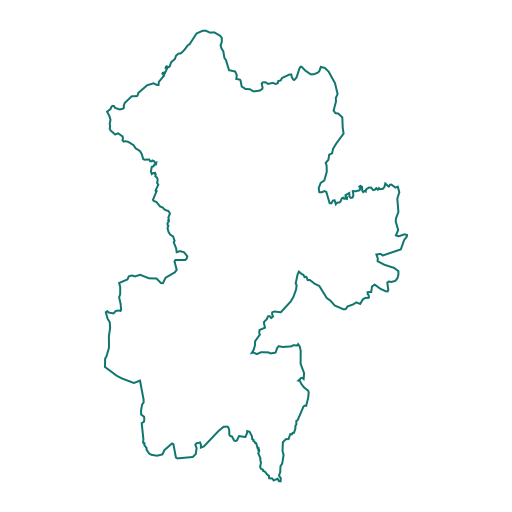 Poko, Orientale, Democratic Republic of the Congo
{"feature_id": "63176286B68044599971787", "entity_name": "Poko", "entity_type": "district", "adm_level": 2, "iso_a3": "COD", "parent_name": "Democratic Republic of the Congo", "parent_adm1": "Orientale", "projection": "robinson", "projection_center": [26.825, 2.983], "detail": "fine", "context": "isolated", "style": "outline", "palette": "teal", "viewbox_px": 512, "rotation_deg": 0, "n_neighbors": 0, "source": "geoboundaries", "source_scale": "gbopen_adm2", "svg_char_len": 6041}
<svg xmlns="http://www.w3.org/2000/svg" viewBox="0 0 512 512"><path d="M110.6,109.0L107.1,111.6L109.7,116.8L110.5,120.0L109.7,123.6L110.1,126.4L109.7,128.5L110.5,130.4L115.2,134.5L118.1,133.3L122.5,136.4L123.0,137.8L122.5,140.3L123.7,141.6L125.6,141.2L128.3,141.9L133.6,145.2L135.6,148.3L140.0,151.1L141.8,154.2L143.2,159.0L144.4,159.7L149.2,159.5L150.0,161.2L151.7,161.3L152.4,160.5L154.0,161.2L155.3,163.1L156.3,162.6L156.0,164.4L154.2,164.8L153.5,166.3L151.8,166.8L150.9,171.4L151.8,174.0L152.8,173.2L155.0,172.9L155.0,174.0L155.7,174.3L155.4,176.4L157.1,177.7L157.7,180.2L157.1,182.9L158.3,184.7L155.7,190.2L155.7,190.9L156.6,191.1L153.0,199.7L153.5,200.8L156.4,202.0L160.1,206.5L162.7,207.5L164.7,209.7L168.4,211.1L169.3,212.2L169.9,213.7L168.4,217.3L168.8,219.5L168.2,220.4L169.0,221.0L167.5,223.3L167.6,225.0L168.4,225.7L167.5,228.1L168.5,231.9L170.3,234.7L173.1,236.4L174.6,240.9L173.7,242.2L176.1,248.3L176.7,252.2L180.0,251.1L184.1,252.3L187.3,256.3L186.7,258.6L185.3,260.0L175.5,260.0L174.5,261.4L176.7,269.8L174.9,272.3L165.6,277.7L162.9,283.2L161.0,283.1L156.5,278.5L149.0,278.3L140.1,274.8L135.0,276.4L132.0,275.5L129.8,276.0L128.7,276.5L127.5,279.4L119.1,283.0L120.2,286.9L120.2,292.2L120.1,294.7L119.1,297.2L120.6,303.8L121.1,309.8L120.4,311.0L119.1,310.5L115.9,310.9L113.5,313.4L108.5,312.5L107.4,311.2L105.8,312.2L107.6,318.7L109.8,322.3L110.1,328.2L108.9,336.0L109.0,347.6L106.5,356.3L105.1,358.8L105.0,367.0L116.8,375.8L121.8,378.4L133.9,383.0L140.0,380.6L143.6,399.7L143.6,402.5L142.1,404.5L141.1,410.2L141.1,414.5L144.1,416.8L144.3,419.8L143.9,421.8L141.7,423.1L143.4,439.4L143.1,442.4L143.5,443.2L144.5,443.2L144.4,445.2L146.6,448.1L146.5,449.6L149.3,453.7L151.7,454.9L157.2,455.7L162.4,454.4L164.4,450.1L172.0,443.5L173.4,444.1L175.9,457.5L177.5,458.4L192.8,457.0L195.8,453.9L196.6,448.0L195.3,444.7L196.3,443.4L200.1,442.5L200.9,444.7L200.9,447.6L203.9,446.4L218.6,430.9L223.6,426.8L227.1,426.6L228.2,427.1L229.2,429.9L229.3,434.7L230.3,436.1L231.9,436.4L234.2,440.6L235.8,441.0L237.0,440.3L239.0,436.1L245.4,437.0L247.1,433.0L247.2,431.1L249.6,431.8L251.9,436.2L252.2,439.1L253.5,439.8L253.4,441.0L254.5,441.5L255.2,443.1L256.2,443.2L257.6,448.2L258.5,447.9L258.7,448.7L258.4,450.1L259.1,450.2L259.2,451.2L258.2,453.1L260.5,458.5L260.2,459.4L261.0,462.7L260.1,466.9L261.2,469.0L262.9,469.7L263.2,471.0L264.9,471.6L267.4,474.8L268.9,475.7L269.2,478.3L272.1,478.4L273.7,480.4L277.7,478.7L278.9,481.2L280.6,481.3L280.8,478.2L279.0,475.6L280.2,472.1L280.5,466.2L282.2,463.5L283.6,455.0L282.5,450.8L282.9,442.2L286.0,439.1L288.5,439.1L290.3,434.1L291.8,434.4L292.6,432.9L294.0,432.8L295.4,428.5L295.4,425.8L296.3,424.6L296.3,421.0L297.7,420.1L303.5,406.5L304.9,405.6L306.2,405.8L308.2,397.6L308.7,392.4L308.2,390.7L304.0,387.4L301.5,384.2L299.9,380.9L298.4,380.6L301.1,378.0L302.3,377.9L303.6,379.0L304.1,373.2L300.6,363.8L300.7,350.9L299.8,346.7L298.1,344.1L297.0,345.5L293.2,345.2L291.7,346.3L282.8,347.0L278.6,346.2L277.1,348.2L275.7,352.3L274.9,352.8L270.3,353.4L268.5,352.4L261.1,352.2L256.9,354.1L253.4,352.5L251.8,352.9L253.8,349.6L255.0,345.0L255.1,341.2L259.8,334.7L259.2,332.9L259.5,330.0L265.0,327.7L263.9,323.0L264.2,321.7L266.6,319.4L268.1,316.3L269.7,316.2L271.2,318.0L273.0,316.5L272.1,314.2L272.2,312.4L274.2,311.5L280.8,312.3L290.9,301.3L293.6,296.5L296.1,289.4L296.6,285.3L295.7,283.4L297.5,274.8L298.9,271.6L301.7,274.1L303.4,274.8L304.6,277.2L305.9,276.7L306.8,277.6L307.7,280.1L309.8,280.0L314.8,283.8L319.3,286.0L326.8,298.1L330.4,300.6L334.7,305.5L343.5,309.3L345.6,309.2L347.6,306.4L353.2,304.4L356.2,302.4L360.2,303.9L362.9,299.3L365.4,297.9L368.5,297.9L368.9,297.5L368.6,295.1L367.6,293.9L367.6,292.2L371.2,292.0L372.0,286.5L374.7,284.6L380.4,288.8L385.8,291.3L387.7,291.4L388.3,289.9L387.3,282.6L388.8,281.5L391.2,282.0L395.3,280.9L397.4,278.2L398.4,274.8L398.4,271.1L394.1,267.9L384.5,264.8L377.6,261.2L377.8,258.3L376.4,254.5L380.7,253.9L382.7,255.5L400.8,249.4L404.1,240.1L406.8,236.6L407.0,235.0L404.4,234.3L398.8,236.3L395.9,235.4L398.2,230.0L395.7,221.5L396.0,218.4L398.4,212.0L397.3,198.7L399.3,192.3L397.8,186.7L395.4,187.6L391.4,184.6L389.9,184.8L389.0,186.5L388.5,186.5L385.3,183.5L384.5,186.7L383.1,188.7L379.9,189.2L378.9,188.1L377.8,189.7L376.3,188.1L374.9,189.7L373.2,190.1L371.1,187.6L368.8,187.6L366.0,189.5L365.7,191.6L364.5,191.0L363.2,192.1L362.2,190.6L362.1,187.0L360.5,185.9L359.3,186.6L360.4,188.4L359.5,190.3L355.7,191.3L352.8,191.1L353.4,195.1L352.6,197.5L350.8,197.9L349.4,196.5L349.3,193.0L345.5,195.1L345.6,196.4L347.1,197.3L346.9,199.0L345.1,198.4L344.2,198.8L343.4,197.7L341.8,198.3L340.6,201.4L339.5,202.5L337.3,202.6L335.8,204.3L334.6,200.3L332.9,200.6L331.3,203.4L329.6,203.1L326.3,191.9L324.5,191.1L321.6,192.3L319.3,192.2L318.7,188.1L320.7,182.9L324.3,180.5L326.8,171.6L326.6,165.6L325.7,162.9L328.4,159.8L329.2,154.7L332.1,153.3L333.1,148.7L336.6,143.0L343.6,133.6L342.7,127.6L342.3,117.4L338.3,113.6L335.4,113.1L333.6,110.6L336.0,101.5L335.8,98.0L337.6,94.0L335.0,83.2L328.6,71.6L324.9,68.0L320.8,66.9L319.3,71.2L317.9,72.6L314.1,74.2L310.8,74.4L305.3,70.6L301.6,66.8L300.6,66.7L299.5,68.3L296.5,77.6L294.3,79.9L293.3,79.7L291.9,77.4L291.3,74.5L289.5,74.5L282.0,78.0L280.7,80.4L278.2,81.1L277.9,83.0L275.8,84.0L272.8,82.9L268.0,83.9L265.6,82.3L262.9,82.3L261.7,83.6L262.6,87.9L262.2,89.0L259.4,90.7L253.5,91.4L249.8,89.2L245.5,89.0L241.7,86.5L240.5,80.4L239.8,79.6L236.3,79.0L236.8,75.3L235.2,71.5L229.0,70.2L226.0,60.2L224.4,57.9L223.3,51.3L221.5,48.5L220.6,45.3L221.8,41.9L221.8,38.0L220.3,35.9L214.3,32.4L209.9,32.6L205.9,30.7L202.6,30.8L196.5,33.5L189.7,44.1L187.9,45.2L184.3,50.0L180.8,53.4L178.3,53.7L176.0,55.8L174.9,59.0L171.2,62.1L169.6,66.6L168.7,67.1L166.5,66.3L165.8,67.2L165.4,68.8L166.7,66.7L167.6,67.3L164.6,73.8L163.6,74.1L163.7,72.6L162.8,72.8L162.4,73.6L164.0,75.7L158.9,81.8L158.5,85.0L156.8,84.9L153.6,83.3L147.1,85.3L138.2,93.0L138.1,94.4L137.0,96.1L131.7,96.3L124.8,102.9L123.8,105.5L123.9,107.7L123.2,108.6L119.8,109.5L115.1,107.9L113.9,106.0L112.4,105.9L111.1,107.3L110.6,109.0Z" fill="none" stroke="#0f766e" stroke-width="2"/></svg>